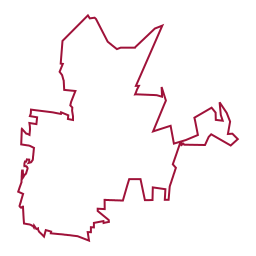 the district of San Pedro, Coahuila, Mexico
{"feature_id": "50627088B25714720769629", "entity_name": "San Pedro", "entity_type": "district", "adm_level": 2, "iso_a3": "MEX", "parent_name": "Mexico", "parent_adm1": "Coahuila", "projection": "equal_earth", "projection_center": [-102.858, 26.125], "detail": "fine", "context": "isolated", "style": "outline", "palette": "rose", "viewbox_px": 256, "rotation_deg": 0, "n_neighbors": 0, "source": "geoboundaries", "source_scale": "gbopen_adm2", "svg_char_len": 4671}
<svg xmlns="http://www.w3.org/2000/svg" viewBox="0 0 256 256"><path d="M74.3,235.8L77.6,236.2L89.0,240.6L87.7,232.1L90.9,232.2L90.9,229.8L90.9,229.7L90.9,227.2L93.9,227.4L93.9,222.9L98.1,222.1L103.4,221.1L103.6,223.0L104.7,222.7L108.9,221.9L108.7,220.0L97.7,211.0L97.7,208.7L104.7,209.1L104.6,199.9L104.8,199.9L105.0,199.9L105.4,199.9L105.6,199.9L105.8,199.9L106.0,199.9L106.2,200.0L106.4,200.0L106.6,200.0L106.8,200.0L107.0,200.0L107.4,200.0L107.6,200.0L107.8,200.0L108.0,200.0L108.4,200.0L108.5,200.0L108.9,200.0L109.1,200.1L109.3,200.1L109.5,200.1L109.9,200.1L110.1,200.1L110.3,200.1L110.5,200.1L110.9,200.1L111.1,200.1L111.3,200.1L111.5,200.1L111.9,200.1L112.1,200.2L112.3,200.2L112.5,200.2L112.9,200.2L113.0,200.2L113.4,200.2L113.6,200.2L113.8,200.2L114.0,200.2L114.4,200.2L114.6,200.2L114.8,200.3L115.0,200.3L115.4,200.3L115.6,200.3L115.8,200.3L116.0,200.3L116.4,200.3L116.6,200.3L116.8,200.3L117.0,200.3L117.3,200.3L117.5,200.3L117.9,200.4L118.1,200.4L118.3,200.4L118.5,200.4L118.9,200.4L119.1,200.4L119.3,200.4L119.5,200.4L119.9,200.4L120.1,200.4L120.3,200.4L120.5,200.5L120.9,200.5L121.1,200.5L121.3,200.5L121.6,200.5L121.8,200.5L122.0,200.5L122.4,200.5L122.6,200.5L122.9,200.5L127.2,185.6L129.2,179.1L140.5,179.1L144.9,200.1L149.5,200.1L152.5,200.0L152.8,187.4L154.9,187.7L165.4,189.2L165.1,194.4L165.1,194.8L164.8,199.8L168.6,199.8L169.0,195.0L169.7,186.6L170.2,184.9L171.2,182.1L172.1,179.2L173.0,176.6L173.7,174.3L174.4,172.4L175.1,170.1L175.9,167.8L172.8,164.3L176.2,154.6L180.1,143.1L180.5,143.1L181.0,143.1L180.9,143.9L181.4,145.1L181.9,144.8L182.2,144.3L182.3,143.7L182.7,143.5L182.9,143.7L183.4,143.6L183.7,144.1L184.2,144.7L205.0,145.0L208.7,136.9L211.2,134.3L230.7,145.5L237.8,139.1L232.4,133.7L227.9,134.0L230.1,121.6L226.7,112.9L219.6,102.3L220.8,115.0L222.7,120.7L215.8,119.9L215.6,112.6L211.6,107.7L194.4,117.7L195.1,120.8L197.9,135.0L185.7,140.1L180.6,141.6L173.9,143.6L170.6,125.8L169.6,126.1L167.7,126.7L153.1,131.4L164.0,105.0L165.9,100.6L161.6,87.0L162.0,95.3L162.0,95.7L162.0,96.7L156.8,95.2L153.6,95.0L150.4,94.9L145.8,94.7L135.8,94.3L135.1,94.4L136.1,92.0L137.0,89.5L138.9,85.9L135.9,85.9L140.4,75.7L162.3,25.6L158.8,27.0L154.9,28.5L135.3,47.1L135.0,47.7L133.1,47.7L120.6,47.7L116.9,49.1L112.1,45.3L107.7,41.7L103.1,32.8L96.0,19.0L94.6,17.7L89.8,18.4L87.9,15.4L62.5,40.9L60.7,63.6L62.8,63.9L59.6,71.8L62.1,75.1L63.4,79.8L63.7,80.5L64.2,89.9L75.4,91.0L71.1,101.9L70.3,105.4L72.3,107.5L72.1,110.7L73.0,116.3L73.0,120.0L67.9,119.0L68.3,115.3L61.1,112.3L60.9,113.9L57.0,113.2L53.0,112.4L51.6,112.2L37.9,110.5L36.2,110.3L31.0,109.6L30.8,113.5L29.9,116.1L37.1,117.3L36.4,124.1L29.4,123.0L29.9,126.6L30.0,129.4L29.5,134.9L27.3,133.8L26.3,133.7L21.9,128.8L21.8,129.0L21.5,137.3L21.2,144.4L23.1,144.7L27.6,145.4L28.0,145.4L29.0,145.6L30.2,146.0L34.0,147.9L33.9,148.5L33.8,149.3L33.5,152.7L33.4,153.4L33.3,154.6L33.3,154.8L33.0,157.1L33.0,157.8L33.0,158.0L32.8,159.5L32.8,159.8L32.7,159.9L31.5,161.7L31.3,162.0L31.0,162.3L28.7,162.9L29.2,162.1L29.3,162.0L29.2,161.1L29.2,160.6L29.2,159.6L28.0,159.5L27.3,159.5L26.9,159.4L26.2,161.6L25.0,161.5L24.5,163.2L24.4,163.8L24.4,164.2L24.4,164.6L24.4,165.0L24.3,165.5L24.4,166.0L24.6,165.9L25.4,166.3L25.6,166.2L25.9,166.1L26.0,166.1L26.9,166.7L27.0,167.2L27.6,168.0L27.6,168.3L27.6,168.5L26.7,171.3L26.3,172.6L26.3,172.9L25.7,173.8L25.6,174.2L25.5,174.3L25.4,174.3L25.3,174.5L25.1,174.6L24.7,174.7L24.6,174.8L24.3,175.1L24.2,175.2L24.0,175.7L24.0,175.8L23.9,176.1L23.8,176.3L23.7,176.4L23.7,176.5L23.5,176.8L23.4,177.0L23.2,177.3L23.1,175.9L23.0,174.4L23.0,173.9L23.0,173.3L22.9,172.9L22.9,172.7L22.9,172.3L22.9,172.0L22.9,171.4L22.8,171.1L22.8,170.9L22.8,170.5L22.1,170.5L21.9,172.3L21.9,172.7L21.8,175.3L21.7,176.0L21.7,177.2L21.7,178.3L21.7,178.6L21.6,179.0L21.5,181.0L21.5,182.2L21.5,182.3L21.4,182.4L21.4,182.5L20.8,184.2L20.3,185.6L20.0,186.4L19.2,188.7L19.1,189.1L18.2,191.7L23.1,193.9L22.7,195.2L21.6,198.9L21.1,200.6L21.0,201.1L20.9,201.4L20.8,201.7L20.8,201.8L20.6,202.6L20.5,202.8L20.4,202.9L20.4,203.0L20.3,203.4L20.2,203.6L20.1,203.9L20.0,204.4L19.9,204.8L19.8,205.0L19.5,206.0L19.9,206.7L20.0,206.8L20.2,207.0L20.4,207.2L20.7,207.4L20.9,207.5L21.0,207.7L21.4,207.7L22.3,206.8L22.5,206.7L23.0,206.7L23.0,207.2L23.1,209.0L23.4,214.4L23.4,214.8L23.5,216.2L23.6,218.1L24.0,223.5L27.9,224.2L29.3,224.4L30.9,224.9L31.5,225.3L32.0,225.7L32.9,225.8L33.8,227.3L34.1,225.6L36.4,229.0L38.0,228.4L38.0,229.4L39.0,231.6L39.9,232.5L41.9,234.4L44.0,236.6L45.8,230.1L49.5,231.1L50.3,231.4L51.1,231.6L51.0,231.9L50.8,233.3L58.9,234.1L61.7,234.3L62.5,234.4L63.5,234.5L64.6,234.7L65.9,234.8L67.1,234.9L67.3,235.0L69.8,235.2L71.9,235.5L74.2,235.8L74.3,235.8Z" fill="none" stroke="#9f1239" stroke-width="2"/></svg>